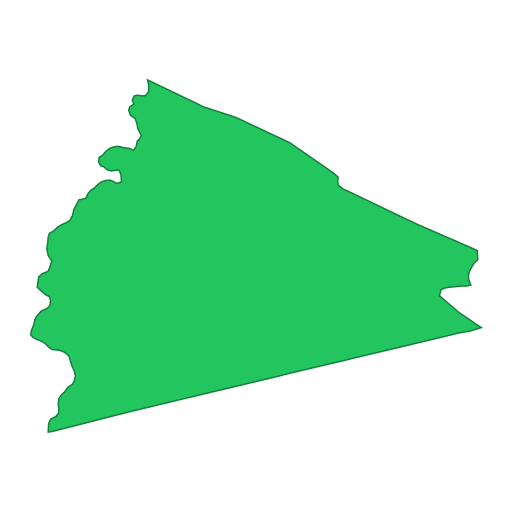 outline of Caetanos, Bahia, Brazil
{"feature_id": "56859067B83232081919872", "entity_name": "Caetanos", "entity_type": "district", "adm_level": 2, "iso_a3": "BRA", "parent_name": "Brazil", "parent_adm1": "Bahia", "projection": "natural_earth1", "projection_center": [-40.978, -14.304], "detail": "fine", "context": "isolated", "style": "filled", "palette": "green", "viewbox_px": 512, "rotation_deg": 0, "n_neighbors": 0, "source": "geoboundaries", "source_scale": "gbopen_adm2", "svg_char_len": 2035}
<svg xmlns="http://www.w3.org/2000/svg" viewBox="0 0 512 512"><path d="M469.6,331.2L481.3,327.6L475.8,324.0L473.0,322.0L458.7,312.3L439.4,295.7L441.0,289.7L444.4,288.1L448.3,287.4L452.6,286.9L457.6,286.5L461.2,286.0L466.1,286.1L470.8,285.1L468.7,279.5L468.4,274.9L469.9,270.5L472.6,265.4L474.7,262.5L477.9,259.7L477.4,255.1L477.4,250.5L417.0,224.2L412.6,222.0L406.4,219.2L347.2,190.8L343.3,189.2L338.2,185.0L337.7,181.0L338.2,177.3L333.7,173.2L289.9,142.8L236.5,117.7L231.4,115.9L226.4,114.3L202.9,106.6L197.6,103.9L147.5,79.9L148.9,86.0L148.5,91.7L145.6,95.5L142.2,95.9L137.7,95.2L134.1,96.0L132.3,100.3L133.9,104.2L129.9,106.7L128.7,110.2L130.4,115.1L135.1,118.5L136.9,123.5L137.8,128.5L139.7,132.3L141.3,135.5L139.7,138.7L137.3,141.0L136.2,146.5L133.5,150.3L129.2,148.3L123.5,147.7L120.0,146.7L116.6,146.4L113.6,147.0L109.9,148.3L106.1,151.1L102.7,155.1L99.1,157.4L98.7,162.2L100.8,165.9L103.9,166.8L107.1,169.8L111.4,170.9L115.3,170.3L118.9,170.0L120.9,174.4L121.5,182.0L116.7,183.4L112.9,181.2L109.7,180.1L105.7,180.5L100.8,182.2L97.3,185.0L94.5,187.9L90.7,190.4L88.0,193.6L86.1,198.0L82.5,199.2L78.9,199.8L76.5,204.6L73.8,209.6L72.6,215.2L69.9,220.4L66.1,222.7L61.4,224.8L57.9,227.0L53.6,231.0L49.5,233.2L48.2,237.0L47.8,242.1L46.8,249.1L48.2,255.5L51.8,261.1L49.7,267.3L48.2,271.3L42.4,273.6L38.7,276.9L37.9,282.1L37.2,287.1L40.8,290.6L45.6,294.7L49.7,296.9L50.5,300.7L50.0,305.4L47.0,308.5L41.3,310.9L36.7,316.2L34.8,319.8L34.0,324.1L31.6,330.0L30.7,334.8L33.0,337.4L36.7,339.4L40.3,340.7L45.1,343.4L48.8,347.2L52.1,349.6L57.4,350.0L61.8,351.0L65.6,353.0L69.0,356.2L70.9,362.6L72.4,367.0L74.3,370.8L75.4,375.9L74.3,380.6L72.8,383.9L68.2,387.0L64.6,391.9L61.2,395.1L58.8,398.9L58.2,403.9L58.8,408.6L58.6,413.2L55.7,416.5L50.7,419.1L48.7,423.3L48.4,427.3L48.2,432.1L52.1,431.5L128.9,411.9L140.5,409.1L152.3,406.3L160.3,404.3L164.1,403.5L169.4,402.2L176.2,400.5L277.1,376.5L289.3,373.4L320.4,366.0L344.5,360.4L354.9,357.8L392.9,348.8L425.6,341.0L459.6,332.8L469.6,331.2Z" fill="#22c55e" stroke="#15803d" stroke-width="1.5"/></svg>